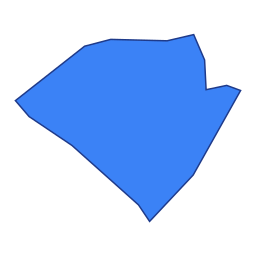 the state/province of Western
{"feature_id": "ASM-5002", "entity_name": "Western", "entity_type": "state/province", "adm_level": 1, "iso_a3": "ASM", "parent_name": "American Samoa", "parent_adm1": "", "projection": "equal_earth", "projection_center": [-170.747, -14.332], "detail": "fine", "context": "isolated", "style": "filled", "palette": "blue", "viewbox_px": 256, "rotation_deg": 0, "n_neighbors": 0, "source": "natural_earth", "source_scale": "10m", "svg_char_len": 299}
<svg xmlns="http://www.w3.org/2000/svg" viewBox="0 0 256 256"><path d="M240.6,90.5L193.2,175.0L149.6,221.4L138.5,204.9L71.9,145.4L29.1,116.6L15.4,100.6L84.6,46.2L110.7,39.4L167.1,40.8L193.7,34.6L204.6,60.0L206.1,89.7L226.7,85.4L240.6,90.5Z" fill="#3b82f6" stroke="#1e3a8a" stroke-width="1.5"/></svg>